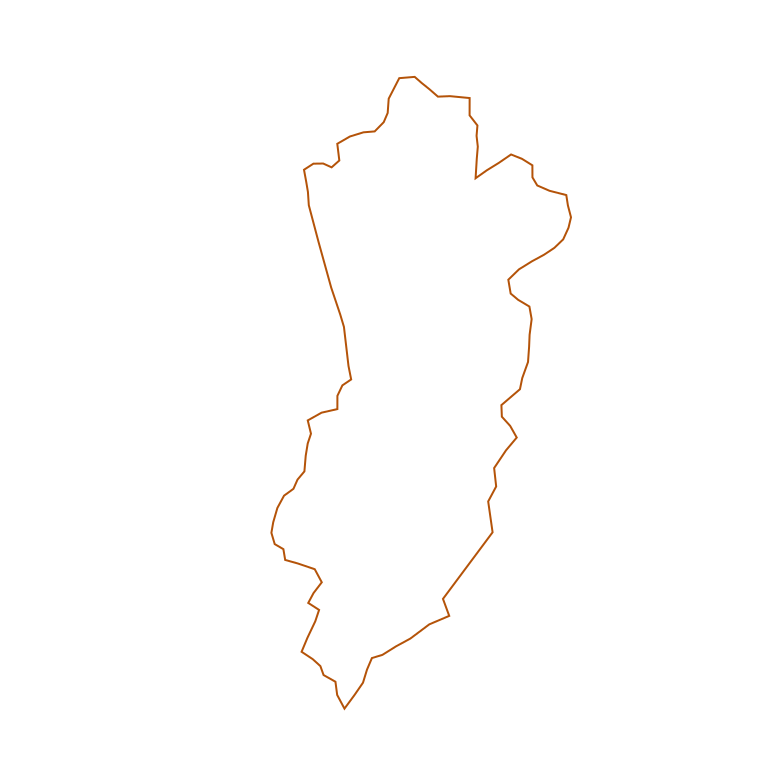 Pedreira, São Paulo, Brazil (Albers equal-area conic projection), rotated 40°
{"feature_id": "56859067B78488981040845", "entity_name": "Pedreira", "entity_type": "district", "adm_level": 2, "iso_a3": "BRA", "parent_name": "Brazil", "parent_adm1": "São Paulo", "projection": "albers", "projection_center": [-46.892, -22.763], "detail": "fine", "context": "isolated", "style": "outline", "palette": "amber", "viewbox_px": 768, "rotation_deg": 40, "n_neighbors": 0, "source": "geoboundaries", "source_scale": "gbopen_adm2", "svg_char_len": 1545}
<svg xmlns="http://www.w3.org/2000/svg" viewBox="0 0 768 768"><g transform="rotate(40 384 384)"><path d="M265.8,109.9L249.5,121.1L240.6,129.2L229.1,129.0L219.3,129.2L210.1,129.0L199.1,139.9L204.2,162.4L212.6,174.0L215.5,183.6L214.5,196.5L206.5,204.4L198.8,216.3L193.8,230.0L206.1,241.5L204.6,251.7L195.7,254.2L188.3,260.6L185.0,271.3L194.8,279.4L202.3,285.8L211.5,295.4L225.7,305.4L242.6,317.3L281.6,344.1L305.8,358.9L316.6,366.0L345.2,393.0L355.9,401.6L353.0,411.8L355.9,423.0L364.4,433.2L354.6,446.1L349.0,460.9L360.0,469.0L363.8,478.6L370.1,489.2L379.2,502.1L379.2,512.8L382.0,522.5L379.2,533.8L382.0,547.5L388.0,561.1L393.4,570.4L403.2,576.9L413.1,575.2L421.4,582.3L433.3,576.9L450.0,570.4L463.8,575.9L464.4,589.4L466.7,600.4L479.5,598.8L483.9,610.0L488.5,627.7L493.0,642.1L506.2,640.6L516.6,641.0L524.8,645.8L538.2,643.3L548.0,652.3L562.4,658.1L561.3,641.1L559.9,626.3L554.6,613.8L550.9,601.7L556.9,592.5L561.9,577.1L567.8,562.1L573.2,539.0L583.0,519.7L567.3,510.7L562.5,427.8L539.3,407.0L535.8,390.4L522.4,377.6L520.1,356.4L520.1,339.7L507.6,335.0L495.3,333.3L487.5,324.7L491.5,300.6L486.1,290.6L480.2,274.6L471.3,262.3L463.9,252.7L455.4,239.4L445.6,231.2L432.7,233.3L422.9,233.3L412.2,224.2L413.7,209.4L418.5,194.8L423.5,182.1L427.0,170.2L428.3,158.0L424.9,145.7L420.1,136.1L410.1,129.0L402.2,122.1L386.6,129.6L373.8,133.4L364.9,130.3L357.1,121.1L345.1,122.8L333.8,126.5L329.8,140.9L325.4,154.2L321.9,167.5L310.2,151.7L303.3,141.9L295.4,134.4L289.4,125.9L276.9,123.2L265.8,109.9Z" fill="none" stroke="#b45309" stroke-width="2"/></g></svg>